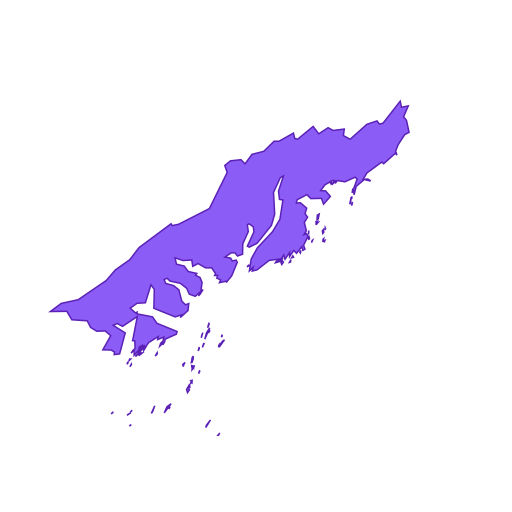 Reykhólahreppur, Vestfirðir, Iceland, rotated 316°
{"feature_id": "244011B19971250001035", "entity_name": "Reykhólahreppur", "entity_type": "district", "adm_level": 2, "iso_a3": "ISL", "parent_name": "Iceland", "parent_adm1": "Vestfirðir", "projection": "robinson", "projection_center": [-22.458, 65.5], "detail": "fine", "context": "isolated", "style": "filled", "palette": "violet", "viewbox_px": 512, "rotation_deg": 316, "n_neighbors": 0, "source": "geoboundaries", "source_scale": "gbopen_adm2", "svg_char_len": 6174}
<svg xmlns="http://www.w3.org/2000/svg" viewBox="0 0 512 512"><g transform="rotate(316 256 256)"><path d="M469.8,253.8L464.0,250.1L467.3,244.8L439.6,248.7L436.4,246.8L436.9,242.9L427.3,238.3L404.8,237.4L402.5,230.1L407.7,226.0L398.7,219.3L397.0,213.8L386.0,211.7L387.1,202.5L367.2,200.9L365.5,198.4L368.3,193.6L352.2,189.4L348.8,186.0L334.3,186.1L323.8,180.1L312.1,182.1L312.1,176.3L303.8,169.8L296.4,169.2L293.3,175.9L255.4,189.5L222.6,179.5L216.9,176.0L217.3,173.8L177.7,168.7L162.7,171.0L145.2,168.3L131.2,169.6L97.7,163.9L83.0,154.8L69.5,153.1L81.5,164.4L79.2,173.9L89.6,185.4L87.4,192.4L89.2,199.5L95.4,205.1L96.2,212.4L80.6,217.1L86.4,222.9L87.5,226.7L85.5,228.5L89.9,231.7L108.5,220.5L105.1,206.6L109.3,208.2L111.1,213.9L128.6,217.1L108.4,231.2L109.9,232.8L104.7,238.6L101.7,238.4L98.7,239.2L103.2,238.8L99.4,242.7L109.2,241.8L104.3,242.8L103.7,243.9L105.1,243.2L111.0,243.0L110.3,241.4L107.2,241.1L109.2,240.4L112.3,241.3L111.1,243.1L114.0,242.5L110.0,245.3L118.9,243.7L129.7,246.1L127.2,247.8L133.4,250.3L130.3,252.4L126.6,252.6L124.1,254.0L130.1,254.1L127.9,254.7L127.3,255.2L130.9,254.2L132.7,252.7L144.4,256.9L146.8,255.5L138.0,235.6L139.3,227.9L130.1,214.8L131.5,213.8L129.7,213.0L129.3,206.1L137.6,207.4L143.9,212.8L160.4,203.8L159.7,209.3L146.2,222.7L155.6,243.7L161.6,246.6L158.9,247.7L169.2,248.0L174.6,243.5L171.4,242.1L171.3,236.8L177.0,226.8L176.2,220.1L172.0,213.0L173.6,209.1L176.6,210.3L176.7,214.3L182.6,223.1L183.7,231.1L181.5,237.1L184.3,242.8L191.8,243.1L198.8,237.6L200.8,232.6L199.2,227.8L201.3,227.4L196.5,220.1L197.4,213.4L193.1,206.6L196.5,201.1L200.3,208.5L207.0,214.3L203.3,219.5L209.1,221.2L211.5,229.5L215.9,233.7L214.7,240.6L212.7,241.3L215.0,243.3L212.4,244.7L214.0,248.7L211.2,249.8L218.0,254.0L216.0,254.4L224.7,253.4L238.1,247.6L238.9,245.2L235.5,243.0L236.3,239.9L232.9,235.2L240.3,236.5L243.0,239.0L242.7,243.2L247.6,245.4L254.9,238.1L267.4,233.1L271.5,227.5L273.4,228.0L274.3,233.1L271.3,237.2L256.6,242.9L257.3,245.0L265.6,247.6L288.4,244.7L298.5,238.9L312.8,222.4L328.0,216.5L331.3,217.5L317.2,225.0L312.2,231.6L314.3,234.4L298.7,246.2L284.7,250.0L262.6,251.1L250.5,254.8L240.9,262.1L246.1,262.2L242.8,264.2L247.1,266.7L262.4,268.3L272.2,275.6L276.6,274.6L274.6,278.5L282.6,276.8L279.7,279.8L287.0,278.2L287.0,282.2L295.4,281.1L293.6,284.5L296.0,285.1L297.7,281.3L306.9,278.1L307.8,274.9L305.4,273.9L309.8,272.8L314.1,265.4L320.1,263.9L320.7,259.6L325.7,256.8L324.9,248.5L321.8,246.0L324.6,244.1L335.2,247.2L335.3,252.8L343.1,260.0L340.6,265.7L350.9,264.8L351.3,257.5L347.9,253.9L354.9,252.7L363.1,254.6L364.5,255.8L362.1,257.4L366.0,257.2L363.4,258.8L366.9,258.2L371.5,264.4L382.1,268.2L382.1,271.0L372.3,275.7L369.1,280.1L376.5,275.5L386.7,276.2L385.3,275.6L393.6,273.3L411.7,275.8L411.9,278.3L427.6,278.9L427.5,281.3L429.3,277.5L435.5,274.7L447.3,272.0L452.0,273.4L458.5,262.9L458.8,258.4L469.8,253.8ZM92.3,303.3L87.3,302.6L81.0,305.1L92.3,303.3ZM161.4,280.3L172.8,275.5L167.0,276.9L161.4,280.3ZM116.5,302.9L113.3,303.8L111.8,306.7L115.2,306.0L116.5,302.9ZM330.6,269.7L328.5,269.2L325.3,272.1L326.5,272.6L330.6,269.7ZM271.8,277.3L269.4,278.1L268.6,280.0L271.4,279.5L271.8,277.3ZM110.5,243.7L106.2,243.6L105.1,244.1L105.2,244.5L104.0,244.2L100.6,244.2L99.5,244.6L103.8,244.8L110.5,243.7ZM107.0,246.8L105.6,245.5L102.4,246.3L107.0,246.8ZM274.0,276.3L268.3,275.7L269.2,276.5L274.0,276.3ZM54.2,281.1L52.5,281.0L57.1,281.8L54.2,281.1ZM322.8,283.8L321.2,284.0L319.7,286.2L321.3,286.0L322.8,283.8ZM109.4,342.3L102.7,343.3L100.7,344.5L109.4,342.3ZM360.7,283.6L365.4,279.7L359.5,283.8L360.7,283.6ZM141.4,284.4L139.2,284.9L137.2,286.5L139.3,286.1L141.4,284.4ZM175.1,294.4L172.4,294.0L166.3,296.0L175.1,294.4ZM133.0,293.3L135.8,291.9L133.1,292.2L132.9,292.9L132.6,292.2L131.0,293.4L133.0,293.3ZM73.4,296.2L79.1,293.4L71.4,296.5L73.4,296.2ZM307.2,283.8L305.2,285.0L307.8,283.9L307.2,283.8ZM269.6,274.7L266.9,273.9L268.6,274.8L266.0,274.0L265.2,274.3L267.8,275.7L269.6,274.7ZM131.0,283.3L127.9,283.1L126.9,285.2L127.9,284.2L131.0,283.3ZM139.9,286.2L136.6,286.9L135.4,287.7L136.0,288.1L139.9,286.2ZM157.7,283.0L157.5,282.6L153.9,284.5L157.7,283.0ZM194.6,243.4L192.1,243.1L190.5,244.3L194.6,243.4ZM324.0,275.0L322.7,274.4L321.0,275.3L324.0,275.0ZM282.2,283.0L282.6,281.5L280.4,282.1L282.2,283.0ZM104.5,358.9L107.0,358.1L104.1,358.5L104.5,358.9ZM165.7,295.7L170.1,293.8L167.0,294.5L165.7,295.7ZM290.0,284.7L292.1,283.2L290.1,283.6L290.0,284.7ZM310.3,275.7L311.6,274.3L308.5,277.0L310.3,275.7ZM109.4,246.0L112.9,245.1L114.8,244.7L109.7,245.6L109.4,246.0ZM371.6,275.8L371.6,275.4L368.9,277.4L371.6,275.8ZM89.2,244.2L90.7,243.1L88.0,244.1L89.2,244.2ZM324.3,273.6L323.1,272.9L322.0,274.1L324.3,273.6ZM123.7,301.1L122.4,300.3L122.1,302.5L123.7,301.1ZM244.4,257.5L242.0,257.5L244.6,258.3L244.4,257.5ZM117.3,304.4L119.4,301.8L116.6,303.4L117.3,304.4ZM148.4,284.1L150.7,283.3L151.9,282.0L148.4,284.1ZM316.6,290.5L315.9,290.5L313.8,292.3L316.6,290.5ZM117.1,257.8L117.7,256.9L114.0,258.0L117.1,257.8ZM190.6,243.6L187.5,244.6L186.8,244.7L188.9,244.7L189.9,244.2L190.1,244.4L190.6,243.6ZM390.5,281.7L390.3,279.4L389.5,277.9L388.0,276.7L387.1,276.3L390.5,281.7ZM361.0,257.0L361.5,255.8L360.2,256.7L361.0,257.0ZM45.2,269.0L42.8,268.9L42.2,269.2L45.2,269.0ZM169.9,278.1L171.4,276.9L168.2,278.1L169.9,278.1ZM159.8,276.9L162.3,275.4L164.5,274.2L161.6,275.5L159.8,276.9ZM94.3,243.1L93.5,242.3L92.1,243.1L94.3,243.1ZM276.6,284.3L278.6,282.9L275.6,283.8L276.6,284.3ZM364.1,281.3L365.3,280.9L366.4,279.7L364.1,281.3ZM121.8,301.7L121.2,301.8L120.0,302.7L121.8,301.7ZM359.6,255.6L361.5,255.4L361.6,254.8L359.6,255.6ZM133.0,300.7L135.0,300.1L136.1,299.0L133.0,300.7ZM316.6,292.6L315.7,292.2L314.5,293.6L316.6,292.6ZM175.9,290.2L177.0,289.0L174.8,290.2L175.9,290.2ZM134.1,291.1L133.6,290.1L132.8,291.2L134.1,291.1ZM307.5,279.0L306.0,279.7L305.6,280.6L306.5,280.8L307.5,279.0ZM88.3,248.0L90.9,247.6L91.2,247.2L88.3,248.0ZM359.7,286.0L361.1,285.6L363.0,284.1L359.7,286.0ZM58.8,280.8L57.0,281.1L59.8,280.9L58.8,280.8ZM323.6,285.1L325.0,284.7L325.4,283.7L323.6,285.1ZM171.4,274.0L174.4,272.8L175.9,271.3L171.4,274.0ZM49.1,290.7L47.8,290.3L46.8,290.5L49.1,290.7ZM88.9,305.0L89.3,304.6L87.0,305.5L88.9,305.0Z" fill="#8b5cf6" stroke="#5b21b6" stroke-width="1.5"/></g></svg>